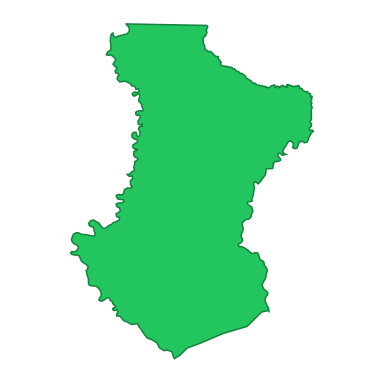 Sherman, Oregon, United States of America, rotated 181°
{"feature_id": "52423323B77848973852884", "entity_name": "Sherman", "entity_type": "district", "adm_level": 2, "iso_a3": "USA", "parent_name": "United States of America", "parent_adm1": "Oregon", "projection": "orthographic", "projection_center": [-120.7, 45.41], "detail": "fine", "context": "isolated", "style": "filled", "palette": "green", "viewbox_px": 384, "rotation_deg": 181, "n_neighbors": 0, "source": "geoboundaries", "source_scale": "gbopen_adm2", "svg_char_len": 6031}
<svg xmlns="http://www.w3.org/2000/svg" viewBox="0 0 384 384"><g transform="rotate(181 192 192)"><path d="M260.8,358.9L260.7,358.4L259.0,356.9L257.6,354.8L257.5,351.7L259.7,349.0L269.0,346.4L271.6,345.2L273.5,347.4L273.9,349.6L275.3,348.5L276.1,346.0L276.4,341.7L275.7,337.7L275.6,332.8L278.9,330.4L280.0,327.7L278.1,327.2L275.8,327.8L272.3,325.4L270.5,322.8L273.3,318.5L271.0,315.9L269.2,315.2L269.2,313.5L271.0,312.4L270.3,309.6L268.8,309.6L266.9,307.5L268.2,306.4L268.9,303.8L266.4,300.9L263.1,301.2L261.1,301.7L256.6,299.8L254.8,298.6L254.6,297.5L253.8,296.9L252.7,297.1L251.0,296.5L250.0,293.8L248.7,293.8L248.0,294.1L246.9,293.7L246.6,292.5L247.3,291.1L249.2,290.5L250.4,291.0L252.5,290.5L253.4,289.0L252.7,287.3L250.9,286.9L248.8,288.3L248.1,289.1L246.6,288.9L245.9,288.0L246.0,286.1L246.8,284.0L246.9,282.6L246.3,281.1L245.0,280.1L243.9,278.6L243.7,276.7L242.8,274.9L241.9,273.9L242.5,272.5L243.7,272.2L247.1,272.2L249.1,271.3L249.8,270.1L249.4,268.3L248.0,267.5L246.6,267.9L245.0,267.3L245.0,266.1L246.2,263.5L247.3,261.6L246.9,259.0L245.4,258.2L242.9,258.7L242.9,256.9L245.7,256.3L246.6,254.5L244.9,250.3L245.1,248.4L246.2,246.4L247.2,246.1L248.2,247.8L248.4,249.3L249.1,250.7L251.2,250.7L252.4,249.8L253.2,247.9L252.9,245.8L251.3,244.3L248.8,243.5L247.3,242.7L247.7,240.5L249.3,239.8L251.9,238.0L251.9,235.3L249.6,233.8L248.3,234.1L247.2,233.1L248.0,232.6L249.3,232.3L250.8,231.5L250.9,227.7L249.5,225.7L247.7,225.4L246.5,223.9L247.7,222.7L249.7,221.4L249.8,218.5L250.8,215.5L250.0,214.1L250.1,212.1L251.7,211.6L253.3,210.5L254.7,208.9L257.2,208.5L255.6,206.8L253.1,206.7L251.9,207.1L251.7,204.1L253.8,202.3L253.7,198.5L251.8,195.9L254.7,194.5L256.5,195.0L259.5,193.3L260.8,188.4L263.6,187.9L264.8,188.4L266.9,187.8L267.8,186.9L266.9,184.9L265.7,183.5L260.4,183.0L260.2,180.7L261.8,179.9L265.3,179.7L267.7,178.6L266.8,176.1L264.5,175.0L263.3,171.9L265.7,169.7L267.6,169.0L266.8,165.9L264.9,165.5L263.7,164.8L264.6,162.4L270.1,159.9L272.2,158.0L273.8,157.4L276.4,155.7L277.4,154.4L280.4,154.1L284.7,159.4L287.8,160.9L289.6,162.3L292.6,161.7L294.8,158.9L294.0,156.4L289.8,154.8L289.0,150.6L287.9,148.5L288.7,146.3L290.1,146.2L298.0,147.6L301.7,147.7L304.5,149.1L306.4,149.4L309.2,148.2L310.1,147.1L311.7,142.6L311.1,140.4L309.2,138.2L305.9,136.8L304.4,134.5L305.9,131.9L307.1,130.7L309.6,130.1L311.1,130.4L312.3,129.1L311.4,127.7L308.5,126.9L305.8,126.9L304.5,126.6L303.3,125.4L301.5,121.2L300.3,120.0L296.6,117.7L294.6,115.8L295.1,113.2L296.4,111.4L295.4,106.9L294.1,103.9L294.0,99.9L293.6,97.7L292.2,96.7L289.8,96.3L286.9,96.3L284.7,95.1L282.4,92.5L281.0,89.7L281.1,86.2L282.6,84.5L283.1,82.7L282.9,82.0L281.4,81.3L279.3,81.6L276.0,84.0L274.1,85.0L272.4,84.2L272.2,82.8L271.3,81.7L269.7,81.1L269.2,79.0L267.9,77.6L267.0,77.3L266.7,75.6L269.2,74.1L269.0,73.0L268.2,72.1L266.1,72.4L265.2,73.0L264.5,71.9L264.3,70.5L265.3,68.0L264.9,66.6L261.8,66.5L260.7,65.5L259.2,63.6L258.5,62.4L254.3,60.8L250.0,58.4L247.0,59.0L243.8,59.2L243.0,56.8L240.0,53.1L237.4,49.1L234.2,45.2L228.9,43.3L224.5,40.7L222.0,35.8L217.4,32.9L214.0,33.5L209.3,31.9L207.8,26.9L206.6,25.1L201.2,28.7L193.9,36.0L181.5,40.8L158.4,51.1L134.5,58.6L120.3,73.2L113.9,74.7L113.0,74.0L113.4,76.9L116.5,82.9L117.2,85.3L116.5,88.1L115.0,90.0L114.4,92.3L115.6,94.1L117.4,95.3L119.0,96.8L119.9,99.4L120.3,101.2L117.4,106.1L116.5,108.7L116.3,111.9L115.6,113.3L115.3,114.8L116.0,117.1L118.5,120.5L119.0,123.5L120.7,124.7L122.7,125.5L124.0,129.3L125.3,132.3L127.1,132.4L131.0,131.5L133.9,133.5L135.0,134.8L138.8,137.2L141.8,138.2L144.2,138.3L144.9,140.4L141.8,142.4L140.6,144.2L140.9,146.3L142.2,148.1L141.8,151.1L140.4,154.3L140.2,156.0L141.4,162.0L137.5,165.5L134.8,165.8L132.7,167.7L132.2,170.7L130.8,173.8L132.0,178.1L135.0,179.9L136.5,181.3L135.8,183.3L133.9,183.3L131.7,183.9L132.1,185.2L131.8,186.8L130.8,189.5L130.5,192.1L129.6,197.1L130.6,201.6L130.0,202.9L128.7,203.3L127.5,202.6L126.1,201.3L124.4,202.8L122.7,205.4L119.4,209.7L118.5,212.3L118.5,214.2L118.2,216.5L111.8,216.9L111.1,220.4L111.2,221.9L109.2,224.1L106.8,223.9L104.1,225.2L104.1,226.7L106.4,229.0L106.7,231.7L106.0,232.3L103.9,231.8L102.4,230.3L98.9,231.2L100.0,231.6L101.7,233.1L101.7,235.5L96.2,244.4L93.3,244.5L91.6,242.2L91.7,240.6L92.1,238.2L90.5,237.2L88.2,237.3L87.2,238.8L86.4,241.7L85.3,244.1L82.3,244.5L80.4,243.2L77.6,244.0L75.7,249.2L73.9,252.9L71.7,254.8L72.7,256.0L75.5,255.6L75.6,257.9L73.8,260.0L73.7,262.2L74.6,263.0L75.1,265.1L73.8,266.4L74.0,267.9L73.9,271.9L74.3,275.6L73.3,278.7L74.4,280.8L74.5,281.6L74.0,282.2L73.7,283.0L74.1,283.7L75.1,284.3L74.8,285.3L73.8,286.3L73.9,287.3L74.5,288.2L73.7,288.7L73.5,289.5L74.7,290.1L75.4,290.1L75.2,292.2L77.6,293.1L78.2,294.4L78.6,294.0L79.9,294.2L83.1,295.5L83.5,296.6L84.2,297.6L85.6,297.2L86.6,299.5L87.2,300.2L87.9,300.2L88.1,299.7L89.0,299.4L89.8,299.9L91.4,299.2L92.9,299.3L94.2,300.1L95.6,300.2L96.8,300.8L98.1,301.1L99.1,300.9L99.2,300.0L98.7,299.6L98.5,298.8L99.4,298.4L100.4,298.5L100.5,299.0L102.6,299.4L102.7,299.9L103.6,300.3L103.9,299.7L104.6,299.0L105.2,299.4L106.2,298.6L106.4,297.8L107.2,298.1L107.3,298.9L108.5,299.4L110.5,298.1L111.2,298.9L110.8,299.3L111.1,300.4L111.8,300.5L115.4,299.0L116.0,297.8L117.9,297.6L119.5,298.2L120.2,298.8L121.1,298.9L121.3,298.4L122.6,298.7L123.3,299.5L124.6,299.2L126.7,300.0L128.5,300.0L129.1,300.3L131.1,302.0L132.5,302.0L133.4,302.3L135.0,304.2L139.7,306.9L140.6,308.3L141.1,309.4L143.1,310.4L143.7,311.1L144.7,311.5L145.3,311.2L146.2,311.7L147.5,313.2L148.9,313.4L150.4,314.3L151.7,316.1L152.6,315.7L154.0,316.9L155.6,317.5L157.1,317.5L158.2,318.2L159.2,317.8L160.6,318.4L161.9,318.3L164.7,318.9L165.6,320.2L165.7,321.3L165.1,321.9L166.7,324.4L167.7,325.2L167.9,326.3L167.9,327.3L168.6,328.0L170.3,327.9L172.5,329.4L173.4,330.8L174.8,332.1L176.6,332.9L178.0,332.6L179.2,333.7L181.3,334.6L182.1,339.3L182.8,339.9L183.4,340.8L183.3,342.7L183.5,344.8L183.1,346.6L182.8,347.2L182.1,347.5L180.7,349.4L179.8,351.8L180.3,352.7L180.2,354.0L180.5,354.8L180.2,355.5L179.5,356.1L179.4,357.4L179.2,357.9L180.1,358.8L260.8,358.9Z" fill="#22c55e" stroke="#15803d" stroke-width="1.5"/></g></svg>